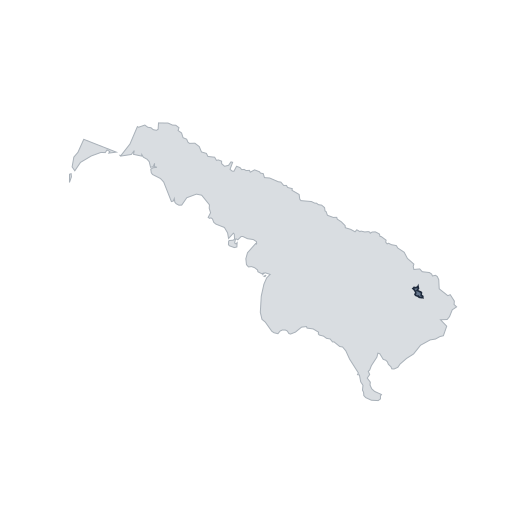 San Carlos, Salta, Argentina (highlighted), rotated 111°
{"feature_id": "61730980B20324539983987", "entity_name": "San Carlos", "entity_type": "district", "adm_level": 2, "iso_a3": "ARG", "parent_name": "Argentina", "parent_adm1": "Salta", "projection": "mercator", "projection_center": [-66.067, -25.8], "detail": "fine", "context": "in_parent", "style": "filled", "palette": "slate", "viewbox_px": 512, "rotation_deg": 111, "n_neighbors": 0, "source": "geoboundaries", "source_scale": "gbopen_adm2", "svg_char_len": 5622}
<svg xmlns="http://www.w3.org/2000/svg" viewBox="0 0 512 512"><g transform="rotate(111 256 256)"><path d="M312.4,138.1L309.9,142.5L310.5,145.4L308.2,152.4L308.8,153.7L306.9,157.1L307.6,160.7L306.6,164.2L307.1,168.6L306.4,169.9L304.7,170.3L303.6,176.5L305.0,182.5L303.8,183.6L306.1,188.0L312.9,191.9L316.5,195.8L316.6,197.5L314.8,199.9L314.6,202.0L315.6,204.8L317.4,206.6L320.7,207.7L321.2,211.7L320.6,214.3L314.4,223.6L313.0,227.7L307.0,231.8L291.6,236.7L279.5,238.5L272.6,238.2L268.1,236.2L268.4,241.6L270.7,243.1L269.5,243.2L270.5,244.2L270.0,248.6L268.5,249.5L267.4,253.2L267.5,256.4L268.9,259.1L267.5,261.8L262.2,264.5L256.0,265.1L244.5,260.8L244.9,260.1L244.3,259.8L242.4,260.7L241.6,264.4L242.9,270.2L242.5,275.2L243.2,276.9L247.4,278.8L247.1,280.9L248.5,281.1L251.5,280.6L251.9,279.0L250.3,278.4L254.4,277.1L255.9,279.2L256.0,284.4L255.3,285.8L252.1,286.8L251.2,286.6L249.4,282.9L247.9,282.1L243.4,284.1L242.8,285.3L249.5,287.9L244.6,290.8L240.7,295.7L240.6,304.9L239.7,307.5L237.0,309.9L236.5,311.7L237.5,312.8L237.1,314.5L231.9,313.9L228.2,316.8L224.9,317.8L218.7,328.5L219.6,333.8L226.4,341.5L235.1,343.6L236.2,346.2L235.8,349.3L234.8,351.1L231.6,352.9L234.3,352.9L235.5,354.5L220.0,368.7L217.9,373.0L217.0,381.8L215.8,383.6L212.6,385.4L210.4,383.5L208.7,380.3L208.8,382.9L205.8,383.9L209.4,384.0L211.0,386.2L206.2,389.5L204.7,392.4L204.1,396.6L202.2,399.0L203.7,398.5L205.0,406.8L201.2,407.4L205.9,408.8L211.3,418.3L210.8,419.1L210.6,418.1L196.6,413.8L177.7,413.1L177.9,411.8L173.6,406.7L174.6,403.1L173.9,400.0L174.9,397.3L174.3,393.9L172.7,392.8L166.7,394.7L163.4,385.7L163.7,380.9L162.7,377.8L163.8,373.9L166.8,373.7L167.8,369.6L171.7,366.5L171.8,362.6L174.1,360.4L174.7,358.5L172.6,353.5L174.2,348.2L178.4,344.2L178.0,339.1L180.3,336.6L178.6,330.0L180.9,327.2L179.8,325.6L179.8,322.1L182.1,321.2L183.5,317.5L181.2,314.1L177.1,313.1L176.9,311.4L184.4,311.3L185.3,308.6L184.8,307.0L179.2,306.3L179.2,302.6L180.5,300.3L179.4,298.1L179.8,295.9L178.4,292.8L179.8,291.4L176.1,288.2L176.1,282.9L177.0,281.6L176.5,278.8L179.8,276.2L178.3,271.2L178.7,261.8L178.1,259.3L180.2,255.5L179.2,252.9L180.7,251.0L180.1,246.3L181.8,245.9L183.1,237.8L187.3,235.5L188.2,233.9L185.3,223.8L185.6,220.1L185.0,218.4L185.7,216.2L185.0,213.0L186.3,209.3L189.2,207.7L189.4,206.5L192.4,203.9L192.3,197.7L191.0,194.5L192.5,193.3L193.5,188.6L195.7,183.7L197.6,182.8L197.2,177.2L197.9,172.2L195.4,171.3L196.0,167.7L195.1,166.9L194.6,163.1L193.0,159.9L192.9,158.4L193.8,157.5L192.0,156.2L190.7,153.2L191.0,150.4L191.3,148.6L193.3,147.2L193.0,145.9L194.6,140.2L196.6,139.9L197.7,137.9L196.6,136.9L196.9,133.6L196.0,128.8L197.8,126.4L199.4,119.0L204.0,113.8L207.0,105.7L209.4,105.5L212.0,103.8L209.4,98.5L211.1,95.2L209.3,88.2L209.9,85.6L211.4,84.1L209.7,81.5L210.2,79.4L212.6,76.9L221.0,73.2L224.3,62.7L222.5,60.8L227.0,54.7L230.3,53.7L231.6,50.5L235.9,53.5L243.2,53.6L246.8,54.8L249.4,60.9L253.2,52.8L263.3,52.5L265.3,55.4L269.2,58.7L271.9,63.3L280.3,70.4L291.0,73.8L297.6,78.7L305.3,82.8L309.1,83.7L312.0,86.6L312.7,88.7L311.0,90.4L309.7,93.6L307.7,95.4L306.8,97.5L306.9,100.2L302.9,105.4L303.0,107.4L307.1,106.9L317.0,109.0L321.8,109.0L323.4,109.9L325.9,107.4L330.1,108.4L332.8,104.1L335.6,103.3L338.5,100.4L339.9,96.8L340.4,89.2L342.0,89.7L344.8,88.6L347.2,90.1L349.3,96.6L348.9,102.8L347.7,105.3L344.7,106.7L343.1,108.5L338.4,109.8L335.9,113.2L330.0,116.8L330.4,118.7L328.5,118.5L318.7,131.7L312.4,138.1ZM208.8,458.6L209.1,423.7L212.7,430.3L210.9,429.9L210.4,433.1L213.5,433.8L214.9,437.9L221.6,445.6L231.5,453.4L241.4,455.7L238.7,459.6L228.9,461.5L223.1,459.4L208.8,458.6ZM245.4,458.1L248.3,456.7L254.2,456.5L246.5,459.4L245.4,458.1ZM272.1,240.3L272.0,241.4L270.3,239.7L272.1,240.3Z" fill="#d9dde1" stroke="#a8b0b8" stroke-width="1"/><path d="M231.8,95.0L231.8,94.9L231.9,94.7L232.0,94.5L232.0,94.4L232.2,94.1L232.4,94.1L232.5,94.0L232.6,93.9L232.8,93.8L233.1,93.8L233.3,93.7L233.3,93.8L233.5,93.8L234.1,93.8L234.9,93.9L235.0,93.8L235.0,93.7L234.9,93.6L235.0,93.5L235.0,93.4L235.5,93.1L235.6,92.9L235.5,92.7L235.6,92.4L235.6,92.2L235.6,91.9L235.6,91.7L235.6,91.3L234.9,91.2L235.0,91.2L235.2,90.9L235.2,90.7L235.1,90.4L235.2,90.2L235.3,90.0L235.4,89.9L235.5,89.9L235.8,89.9L235.9,89.7L235.9,89.3L235.8,89.2L236.0,89.1L236.1,88.9L236.0,88.7L236.1,88.4L236.0,88.2L235.9,88.1L235.8,87.9L235.8,87.7L235.7,87.4L235.8,87.2L235.7,87.1L235.7,86.9L235.6,86.7L235.6,86.4L235.4,86.3L235.4,86.2L235.4,85.9L235.3,85.7L235.2,85.5L235.2,85.4L235.2,85.2L235.0,85.3L235.0,85.5L234.9,85.7L234.7,85.7L234.3,85.7L234.2,85.7L234.2,85.9L234.2,86.0L233.6,86.2L233.6,86.3L233.7,86.5L233.7,86.8L233.5,87.6L233.5,87.8L233.4,87.9L233.2,87.9L232.9,87.9L232.7,87.9L232.4,87.9L232.2,88.0L231.9,88.2L231.7,88.2L231.4,88.2L231.3,88.3L231.2,88.3L230.9,88.4L230.9,88.5L230.9,88.9L230.8,89.0L230.7,89.0L230.4,89.1L230.5,89.1L230.4,89.2L230.4,89.4L230.5,89.4L230.5,89.5L230.5,89.8L230.7,90.0L230.6,90.3L230.7,90.5L230.6,90.8L230.6,91.0L230.4,91.3L230.5,91.4L230.5,91.6L230.5,91.8L230.6,92.0L230.5,92.3L230.4,92.3L230.3,92.7L230.2,92.7L230.2,92.8L230.1,93.1L230.2,93.3L228.1,92.6L226.2,93.8L226.3,93.8L226.4,94.0L226.5,94.1L226.9,94.2L226.9,94.3L227.0,94.4L227.3,94.4L227.5,94.3L227.5,94.5L227.8,94.8L227.9,95.0L228.0,95.1L228.3,95.3L228.3,95.5L228.3,95.8L228.4,96.0L228.5,96.3L228.8,96.4L228.8,96.5L228.7,96.5L228.5,96.8L228.6,97.0L228.7,97.3L228.9,97.3L229.1,97.4L229.4,97.4L229.5,97.5L229.8,97.6L230.1,97.9L230.2,97.7L230.3,97.5L230.3,97.4L230.4,97.2L230.5,97.2L230.6,96.9L230.6,96.7L230.8,96.5L230.9,96.4L230.9,96.2L231.0,96.0L231.0,95.9L231.2,95.7L231.3,95.5L231.4,95.4L231.5,95.3L231.5,95.2L231.8,95.0Z" fill="#64748b" stroke="#1e293b" stroke-width="1.5"/></g></svg>